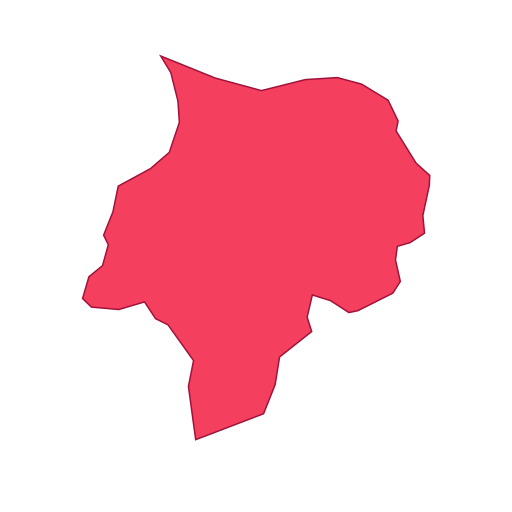 the district of Aguié, Maradi, Niger, rotated 14°
{"feature_id": "23599985B59469969297601", "entity_name": "Aguié", "entity_type": "district", "adm_level": 2, "iso_a3": "NER", "parent_name": "Niger", "parent_adm1": "Maradi", "projection": "mercator", "projection_center": [7.641, 13.496], "detail": "fine", "context": "isolated", "style": "filled", "palette": "rose", "viewbox_px": 512, "rotation_deg": 14, "n_neighbors": 0, "source": "geoboundaries", "source_scale": "gbopen_adm2", "svg_char_len": 747}
<svg xmlns="http://www.w3.org/2000/svg" viewBox="0 0 512 512"><g transform="rotate(14 256 256)"><path d="M105.4,221.5L106.5,247.7L103.1,272.7L110.0,280.8L109.4,302.5L98.9,316.5L98.0,339.2L108.7,345.4L135.9,341.1L158.9,327.5L173.7,341.1L187.3,344.1L220.7,372.6L222.0,398.9L241.9,448.8L301.5,407.2L305.7,376.1L303.3,348.3L328.3,315.8L320.4,302.9L320.1,280.2L339.1,281.3L359.8,288.4L368.1,284.4L397.7,259.0L402.2,245.8L392.3,226.1L390.8,212.4L402.2,205.8L414.0,193.1L408.1,176.4L407.1,145.4L405.1,135.8L388.9,127.2L361.7,100.8L361.2,90.6L346.5,72.9L316.9,63.7L291.7,63.2L261.2,72.9L221.2,94.2L173.4,93.2L115.2,85.0L129.0,98.7L142.8,124.6L149.3,144.9L146.8,176.4L132.5,196.7L105.4,221.5Z" fill="#f43f5e" stroke="#9f1239" stroke-width="1.5"/></g></svg>